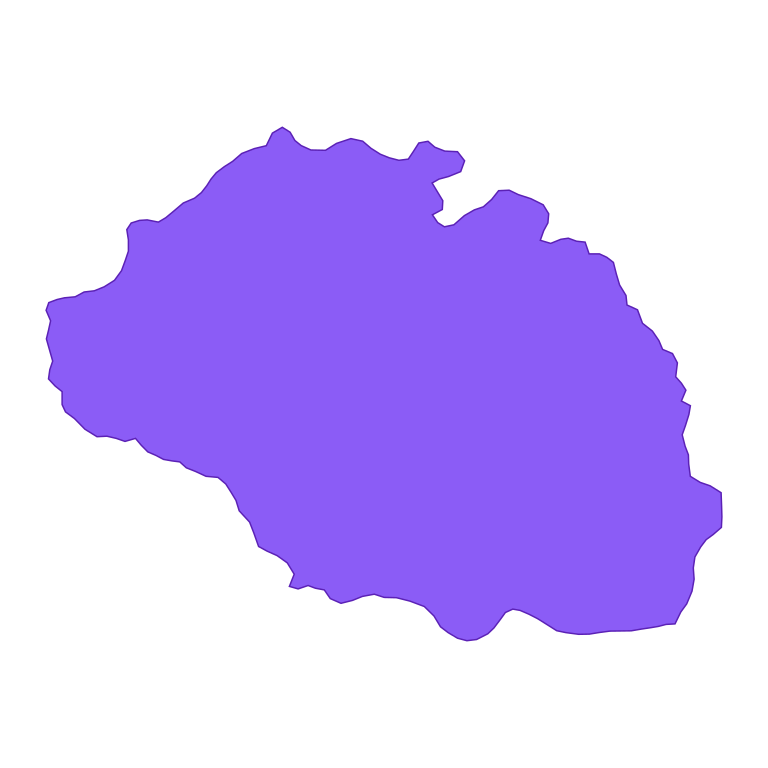 Pedrinópolis, Minas Gerais, Brazil (orthographic projection)
{"feature_id": "56859067B59580364886114", "entity_name": "Pedrinópolis", "entity_type": "district", "adm_level": 2, "iso_a3": "BRA", "parent_name": "Brazil", "parent_adm1": "Minas Gerais", "projection": "orthographic", "projection_center": [-47.512, -19.19], "detail": "fine", "context": "isolated", "style": "filled", "palette": "violet", "viewbox_px": 768, "rotation_deg": 0, "n_neighbors": 0, "source": "geoboundaries", "source_scale": "gbopen_adm2", "svg_char_len": 2571}
<svg xmlns="http://www.w3.org/2000/svg" viewBox="0 0 768 768"><path d="M241.7,153.5L232.7,161.3L224.4,166.6L216.3,172.7L211.0,179.1L206.8,185.7L201.4,192.6L194.5,198.2L183.3,203.0L174.1,210.8L165.8,217.7L158.4,222.1L147.2,219.9L139.5,220.4L131.2,223.0L126.8,229.6L128.4,239.9L128.4,251.2L125.2,260.7L121.5,270.7L114.5,280.3L104.2,286.8L94.3,290.8L84.1,292.0L75.2,296.8L64.5,297.8L57.1,299.5L48.8,302.6L46.1,310.3L50.6,320.8L48.5,330.3L46.4,338.9L49.0,348.1L52.7,361.1L49.8,369.7L48.5,378.9L55.1,386.0L62.1,391.6L62.1,404.6L65.5,411.9L74.4,418.5L85.0,429.3L97.0,436.7L106.9,436.2L116.3,438.4L125.0,441.4L135.5,438.4L141.3,445.3L147.8,451.9L155.7,455.3L163.5,459.4L172.0,460.9L179.8,461.9L186.3,467.8L195.4,471.4L206.0,476.3L218.0,477.4L225.8,484.0L231.1,492.3L236.0,500.4L239.2,510.8L249.6,522.1L253.8,532.9L258.6,546.5L267.2,551.2L277.1,555.6L287.3,562.9L294.2,574.2L289.4,586.4L298.1,588.9L308.1,585.5L315.3,588.2L324.3,589.9L330.3,598.6L341.0,603.3L352.5,600.4L362.4,596.4L374.3,594.2L384.2,597.4L396.5,597.7L409.9,601.1L424.3,606.5L434.0,616.0L440.5,626.8L448.1,632.6L457.5,638.2L466.9,640.7L476.6,639.5L487.8,633.8L493.9,628.0L500.6,619.1L505.4,612.5L512.8,609.1L520.1,610.4L528.9,614.2L537.5,618.6L548.5,625.5L556.7,630.7L565.8,632.6L578.7,634.3L589.4,634.1L599.3,632.5L610.0,631.1L631.3,630.8L641.2,629.1L650.6,627.7L658.4,626.4L666.1,624.4L675.0,623.9L680.8,612.0L686.7,603.9L692.0,591.2L694.1,579.2L693.3,567.9L694.9,557.0L700.7,546.9L706.2,539.6L713.3,534.4L721.4,527.4L721.9,516.9L721.6,506.3L721.1,492.7L710.1,485.8L700.2,482.4L690.3,476.3L688.7,464.0L688.4,454.8L685.1,446.2L682.2,434.8L685.5,425.4L688.9,414.5L690.4,405.7L681.4,401.0L685.9,390.2L681.4,383.2L675.7,376.8L677.4,362.9L672.5,353.6L662.6,349.4L658.9,340.6L652.4,331.1L642.5,323.3L637.5,309.8L627.0,305.0L626.0,295.5L619.6,285.0L616.3,273.9L613.4,262.4L606.8,257.3L599.5,253.9L589.1,253.9L585.1,242.1L576.5,241.2L568.3,238.2L560.8,239.3L550.7,243.4L540.3,240.3L543.7,230.7L547.9,222.9L548.7,213.8L543.2,204.8L530.9,198.7L518.3,194.6L509.2,190.2L498.6,190.7L491.6,199.5L483.4,206.8L474.3,209.9L464.4,215.6L453.9,224.8L444.4,226.8L437.7,222.6L432.4,214.8L442.3,209.5L442.8,200.7L437.9,192.6L432.1,183.0L439.0,179.1L448.6,176.5L460.7,171.6L464.6,160.8L457.5,151.7L444.8,151.1L434.8,147.2L428.0,141.3L418.8,143.0L413.3,151.6L408.3,159.1L398.9,160.3L388.9,157.7L380.3,154.2L371.0,148.3L362.7,141.2L350.9,138.6L336.5,143.4L325.5,150.3L310.9,150.0L301.2,145.6L294.9,140.5L290.1,132.2L282.3,127.3L272.4,133.1L266.3,145.7L254.3,148.6L241.7,153.5Z" fill="#8b5cf6" stroke="#5b21b6" stroke-width="1.5"/></svg>